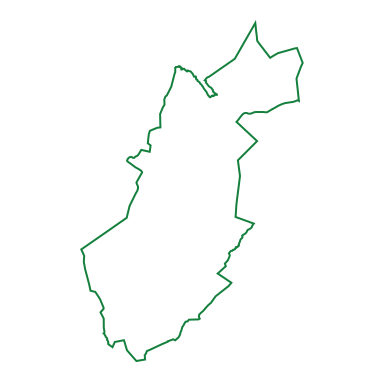 Høylandet nor, Nord-Trøndelag, Norway (Albers equal-area conic projection)
{"feature_id": "86288312B25157872919585", "entity_name": "Høylandet nor", "entity_type": "district", "adm_level": 2, "iso_a3": "NOR", "parent_name": "Norway", "parent_adm1": "Nord-Trøndelag", "projection": "albers", "projection_center": [12.389, 64.756], "detail": "fine", "context": "isolated", "style": "outline", "palette": "green", "viewbox_px": 384, "rotation_deg": 0, "n_neighbors": 0, "source": "geoboundaries", "source_scale": "gbopen_adm2", "svg_char_len": 5320}
<svg xmlns="http://www.w3.org/2000/svg" viewBox="0 0 384 384"><path d="M255.3,23.0L234.8,58.8L209.1,76.7L207.0,77.6L204.8,80.3L205.8,80.7L206.1,81.1L205.8,81.9L205.9,82.6L206.3,82.9L206.9,83.7L207.6,84.7L208.6,86.0L209.7,86.9L211.2,87.8L211.6,88.3L212.0,89.0L212.9,89.9L212.9,91.0L213.2,91.8L213.7,92.0L213.9,92.5L215.0,93.3L216.8,94.3L216.9,94.8L216.6,94.9L215.7,94.9L215.0,94.7L214.2,95.4L214.0,95.8L213.4,96.0L212.7,96.2L212.4,96.1L212.4,95.9L212.6,95.6L211.9,95.7L211.4,96.2L210.7,97.0L210.1,97.3L209.7,97.2L209.5,96.9L209.1,96.2L208.4,95.7L207.8,94.6L207.3,93.7L206.7,92.7L206.6,92.1L205.4,90.6L204.6,89.5L203.7,88.3L203.1,86.9L202.3,86.0L201.1,84.3L200.3,83.7L200.0,83.3L199.6,82.3L198.7,81.6L198.2,81.3L197.7,81.2L197.4,80.1L197.1,79.6L196.4,79.5L196.0,78.7L196.0,77.2L195.7,77.1L195.6,76.5L195.3,76.4L194.7,76.6L194.1,76.7L193.7,76.0L193.1,74.6L192.4,73.4L191.7,72.7L191.1,71.9L190.4,71.4L189.3,71.1L188.4,70.7L187.5,70.5L187.2,70.8L187.2,71.3L186.7,71.3L186.2,70.8L185.8,70.4L185.1,69.8L184.4,69.4L184.2,68.9L182.5,68.9L181.9,69.5L181.3,69.5L181.2,69.0L181.4,68.2L181.5,67.8L180.5,67.4L180.0,67.2L180.3,66.9L180.3,66.7L179.9,66.4L179.2,66.1L178.9,66.1L178.7,66.4L178.6,66.7L178.2,66.9L177.4,66.9L175.9,67.0L175.7,67.5L175.4,68.1L175.2,68.1L175.3,69.0L175.2,71.4L175.3,72.0L174.6,73.7L174.5,74.1L171.3,86.6L166.8,95.5L165.4,96.5L164.3,99.4L164.5,104.8L162.9,107.2L160.1,114.1L160.4,127.4L157.1,127.8L149.9,130.8L148.8,134.3L147.8,143.3L150.6,145.4L149.7,151.8L141.3,149.9L138.6,154.3L137.8,155.3L137.3,155.7L136.3,156.3L135.7,156.4L135.0,156.9L134.7,157.3L134.5,157.6L134.4,157.7L134.0,157.9L133.1,157.8L132.5,157.6L131.8,157.1L131.4,156.9L130.8,156.9L129.4,157.4L128.9,157.7L128.1,158.5L127.7,159.1L127.3,160.0L127.2,160.3L127.1,160.8L127.3,161.3L135.6,167.4L139.0,169.3L141.0,170.6L141.4,171.0L141.7,171.5L142.0,172.0L142.1,172.5L138.9,178.0L136.4,182.6L138.0,186.7L138.0,188.4L137.2,191.0L137.0,191.4L136.2,192.6L135.7,193.5L129.6,205.9L126.7,217.8L105.8,232.4L81.3,249.4L84.2,255.9L83.8,261.8L85.2,269.4L89.2,284.5L90.5,290.7L95.3,291.9L99.1,297.6L99.6,298.6L100.1,299.3L103.6,307.7L103.5,308.1L103.5,308.4L103.5,308.6L103.5,308.8L103.5,309.0L103.3,309.1L103.2,309.2L103.0,309.5L102.8,309.7L102.7,309.9L102.5,310.0L102.2,310.4L102.1,310.6L101.7,311.0L101.2,311.4L100.9,311.8L100.6,312.1L100.5,312.3L103.7,318.5L103.8,327.9L104.4,331.5L104.3,332.8L104.3,333.9L104.2,333.9L104.3,334.0L104.8,334.9L105.1,335.5L105.4,335.9L105.4,336.0L105.6,336.2L105.7,336.6L105.8,336.9L106.2,337.4L106.4,337.5L106.7,337.9L106.8,338.0L107.1,338.3L107.2,339.0L107.0,339.8L107.6,340.4L107.8,340.8L108.0,341.5L108.3,342.3L108.2,342.5L108.2,342.9L108.2,343.2L108.3,343.4L108.2,343.9L108.3,344.2L112.5,347.2L114.8,342.0L123.9,340.2L125.1,343.8L125.4,345.2L125.6,345.7L127.0,350.3L134.2,358.5L136.4,361.0L145.1,359.5L144.7,355.1L145.9,353.7L146.9,351.0L149.3,350.1L161.9,344.2L167.8,341.7L167.8,341.3L173.3,339.3L174.2,339.8L175.2,340.3L176.4,339.3L177.4,338.3L178.6,337.4L178.8,336.7L179.5,335.7L179.9,334.8L180.3,333.9L180.3,333.2L180.5,332.3L180.8,331.6L181.1,331.2L182.3,327.2L182.4,326.8L183.4,325.6L184.1,324.1L185.6,321.7L187.6,321.4L188.9,319.7L198.6,319.4L199.7,318.7L199.2,317.8L198.9,316.3L199.3,314.5L201.1,312.7L203.0,311.1L206.1,307.5L208.4,305.0L210.9,302.9L215.6,296.3L228.3,286.3L230.6,283.8L231.4,282.8L217.7,273.5L225.8,266.2L224.9,263.6L227.8,260.4L229.5,256.5L229.8,255.2L228.9,253.3L230.7,251.1L231.1,250.9L231.5,250.8L232.0,250.9L232.5,250.4L232.8,250.2L233.0,249.9L233.4,250.0L233.5,249.9L233.8,249.7L234.2,249.5L234.5,249.4L234.8,249.3L234.9,249.2L235.0,249.0L235.2,248.8L235.3,248.7L235.5,248.5L235.4,248.5L235.2,248.5L235.2,248.4L235.5,248.2L235.9,248.0L236.0,247.9L235.9,247.9L236.0,247.7L236.3,247.6L236.4,247.4L236.3,247.2L236.5,247.2L236.5,247.3L236.8,247.1L237.1,247.1L237.2,246.9L237.4,246.9L237.3,247.1L237.5,246.9L237.8,246.7L238.0,246.5L238.0,246.4L238.1,246.1L238.2,245.9L238.3,246.0L238.5,246.1L238.8,245.8L238.8,245.7L239.0,244.1L239.1,243.6L239.2,243.2L239.3,242.9L239.5,242.5L239.7,242.2L239.8,241.8L239.8,241.6L240.0,241.1L240.2,240.6L240.2,240.3L240.3,240.1L240.4,239.9L240.8,239.2L241.1,238.8L241.4,238.6L241.7,238.4L242.0,238.1L242.1,237.8L242.5,237.1L242.5,236.8L242.4,236.6L242.1,235.9L242.2,235.6L242.4,235.4L245.5,233.4L245.9,233.0L246.4,232.4L247.4,230.4L247.9,229.8L248.4,229.6L248.9,229.4L249.4,229.1L250.4,228.5L251.3,227.8L251.5,227.5L251.6,227.4L252.0,226.4L252.3,225.6L252.7,225.0L252.9,224.7L253.2,224.4L253.6,223.9L253.8,223.6L235.6,217.0L235.9,212.3L236.1,209.2L236.4,204.5L240.0,176.0L237.9,160.3L257.1,141.1L236.5,121.9L237.6,120.7L240.9,116.4L242.7,114.2L244.1,113.3L245.1,113.0L245.9,113.0L247.1,113.1L247.9,113.5L248.8,113.7L249.6,113.7L250.7,113.6L251.8,113.3L253.0,112.8L253.7,112.4L255.1,112.1L256.0,112.0L257.6,112.0L262.8,112.0L265.9,112.3L267.2,112.2L268.0,111.7L269.5,110.8L271.2,109.8L272.6,109.0L275.9,107.2L277.7,106.1L278.6,105.6L280.0,105.0L282.0,104.1L283.5,103.6L285.1,103.1L289.0,102.5L293.1,101.9L294.1,101.6L297.0,100.5L297.5,100.3L298.0,100.4L298.9,100.9L296.5,78.6L300.9,66.8L302.7,62.9L297.0,48.1L294.9,48.4L291.7,49.3L278.2,53.1L276.1,54.2L272.7,56.2L270.2,57.8L269.1,56.5L267.2,53.9L265.1,51.3L262.9,48.3L260.8,45.7L257.3,41.0L257.0,38.9L256.8,36.2L256.4,33.3L255.9,29.0L255.6,25.7L255.3,23.0Z" fill="none" stroke="#15803d" stroke-width="2"/></svg>